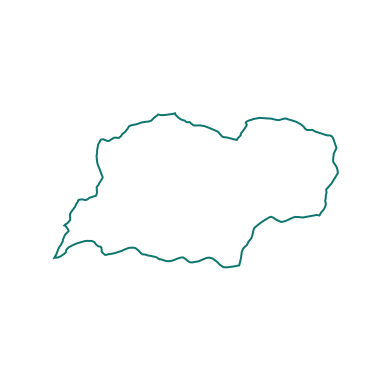 Gongdue, Mongar, Bhutan, rotated 73°
{"feature_id": "84629894B588701148040", "entity_name": "Gongdue", "entity_type": "district", "adm_level": 2, "iso_a3": "BTN", "parent_name": "Bhutan", "parent_adm1": "Mongar", "projection": "equal_earth", "projection_center": [91.157, 27.034], "detail": "fine", "context": "isolated", "style": "outline", "palette": "teal", "viewbox_px": 384, "rotation_deg": 73, "n_neighbors": 0, "source": "geoboundaries", "source_scale": "gbopen_adm2", "svg_char_len": 4102}
<svg xmlns="http://www.w3.org/2000/svg" viewBox="0 0 384 384"><g transform="rotate(73 192 192)"><path d="M214.8,343.0L214.8,341.6L215.2,340.3L215.4,339.2L215.3,338.1L215.1,336.3L214.7,335.3L214.3,334.0L213.7,331.9L212.8,330.3L210.7,329.2L208.9,326.3L208.2,322.7L207.7,319.6L207.5,317.7L207.5,315.6L207.5,314.8L207.5,312.6L207.6,310.6L207.6,308.9L208.0,306.8L208.4,305.6L209.0,304.0L209.4,302.3L210.5,300.9L211.6,299.9L213.0,299.6L214.0,299.2L215.1,298.5L216.4,297.6L216.8,296.9L217.6,295.4L218.8,294.9L220.4,295.2L222.5,295.8L224.1,295.2L225.4,294.4L226.7,293.5L227.0,292.9L227.0,292.0L227.1,291.1L227.0,290.1L227.3,289.2L227.5,287.8L227.7,285.7L227.9,282.7L227.8,281.1L227.8,279.4L227.7,276.1L227.2,272.2L227.0,268.6L227.6,266.0L228.3,263.9L229.1,262.6L230.3,261.6L232.1,260.5L234.8,259.1L236.3,258.3L237.0,257.7L237.7,256.1L238.4,254.6L239.3,253.4L240.1,252.3L240.6,251.0L242.1,248.3L243.4,246.1L244.4,244.7L245.5,243.9L246.2,243.5L246.6,242.9L247.0,242.6L247.0,241.9L247.5,241.1L248.1,240.3L250.7,236.5L251.5,234.1L251.9,230.6L251.4,224.6L251.5,221.5L251.9,219.7L253.8,218.1L257.1,215.9L258.5,214.6L259.4,212.6L260.2,205.7L259.9,203.6L259.4,198.6L259.4,196.7L259.8,194.7L261.4,191.9L266.0,188.5L269.5,186.7L273.0,184.1L274.2,180.9L275.3,174.6L275.8,169.7L276.0,168.3L270.1,164.8L263.9,161.9L261.0,159.6L258.5,154.7L256.0,152.4L253.5,148.7L250.8,146.8L244.9,143.4L243.9,141.4L241.3,134.8L239.8,129.3L238.8,125.4L238.8,123.6L240.5,121.6L243.4,119.3L246.8,115.4L247.1,111.6L246.0,102.8L246.0,100.7L246.7,98.5L248.8,93.4L250.2,81.1L250.4,79.5L251.7,77.0L250.5,75.7L249.1,74.1L247.8,71.9L246.6,70.4L244.9,68.9L243.4,67.9L241.8,67.3L240.2,67.3L239.0,67.1L237.6,66.2L235.6,65.4L234.4,65.0L231.8,63.5L229.9,63.2L228.8,62.9L225.1,56.8L224.7,56.2L220.2,51.1L219.1,49.8L216.7,47.1L214.7,46.6L213.3,46.4L210.7,46.4L204.7,48.1L203.2,47.8L202.3,47.6L198.6,46.0L196.7,45.2L192.2,41.0L185.0,41.2L181.4,41.4L179.7,42.0L178.3,43.4L178.1,43.8L177.4,46.1L175.9,48.4L172.8,52.7L170.4,56.3L167.7,58.8L167.2,61.3L166.3,64.0L164.5,65.4L162.3,66.0L159.3,68.0L156.5,70.6L155.1,72.1L151.9,76.8L151.5,77.4L150.6,78.9L148.9,81.3L148.7,84.7L148.7,87.9L147.3,91.0L145.0,94.8L143.0,100.2L140.9,105.5L140.5,108.8L140.2,111.9L140.3,114.2L140.3,117.0L140.7,119.3L141.5,120.4L143.3,119.9L144.5,120.4L147.2,123.7L150.5,128.3L151.9,128.8L152.2,129.1L153.1,130.9L154.0,132.4L154.8,133.4L155.3,133.9L153.7,136.8L151.8,139.8L150.4,142.1L149.5,143.9L149.2,144.8L148.8,145.8L147.8,146.9L145.8,147.9L141.9,149.6L139.8,152.0L134.5,158.3L133.6,159.5L132.4,161.1L130.7,164.8L130.0,166.9L129.6,168.8L128.7,171.1L126.4,172.7L124.4,173.9L124.2,175.3L124.0,176.0L123.7,176.5L122.8,177.4L121.5,178.2L120.8,179.4L119.6,181.0L118.3,182.2L116.9,183.3L114.9,184.4L113.3,185.2L111.8,185.2L111.8,186.2L111.6,188.1L110.9,192.7L110.3,195.9L109.5,199.1L108.0,201.6L108.5,202.6L109.1,204.5L110.1,207.0L111.7,209.8L112.0,212.4L111.6,214.4L110.8,219.5L111.0,225.5L110.5,230.0L110.5,231.4L110.8,233.0L112.8,235.3L114.7,238.0L116.3,241.8L116.5,242.2L117.3,242.8L118.1,244.2L118.5,245.2L118.8,246.1L118.4,247.6L117.5,249.5L117.4,251.1L117.9,253.1L118.5,255.0L118.9,256.3L118.6,257.7L116.9,259.9L115.6,261.7L115.3,263.0L115.4,264.1L116.4,265.1L118.4,266.9L118.9,267.7L119.5,268.1L120.8,268.7L122.5,269.6L124.5,270.6L126.9,271.3L127.9,271.9L130.1,272.9L132.1,273.2L133.4,273.6L135.7,273.9L136.8,274.1L139.7,274.0L142.4,273.7L145.2,273.5L147.0,273.5L148.6,273.3L151.6,273.1L152.6,273.6L154.1,275.4L156.3,277.9L157.7,279.2L159.4,281.7L160.3,281.9L162.7,282.6L163.8,282.8L165.4,283.3L167.0,284.5L167.5,284.9L167.5,286.1L167.5,289.0L167.6,291.5L168.5,294.3L168.6,296.3L167.5,298.0L166.8,299.7L166.5,301.6L166.4,302.7L166.8,303.3L168.1,304.2L168.7,304.9L169.6,306.2L171.9,308.1L173.3,310.0L175.7,313.3L177.5,315.0L178.5,315.5L179.4,315.6L181.1,316.1L183.2,316.7L183.6,317.2L183.8,317.7L184.9,319.2L185.6,320.8L186.0,322.6L186.7,323.9L187.6,322.8L189.8,322.0L192.3,321.3L193.5,321.6L195.0,324.6L196.0,326.1L199.4,329.0L201.9,330.4L202.5,331.3L204.0,332.5L206.1,335.3L208.8,337.5L212.0,340.0L214.2,342.5L214.8,343.0Z" fill="none" stroke="#0f766e" stroke-width="2"/></g></svg>